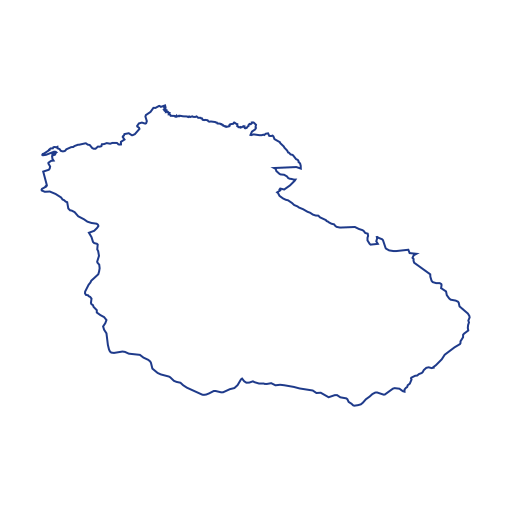 Ambato, Tungurahua, Ecuador (Equal Earth projection), rotated 260°
{"feature_id": "8360857B61692882319499", "entity_name": "Ambato", "entity_type": "district", "adm_level": 2, "iso_a3": "ECU", "parent_name": "Ecuador", "parent_adm1": "Tungurahua", "projection": "equal_earth", "projection_center": [-78.682, -1.291], "detail": "fine", "context": "isolated", "style": "outline", "palette": "blue", "viewbox_px": 512, "rotation_deg": 260, "n_neighbors": 0, "source": "geoboundaries", "source_scale": "gbopen_adm2", "svg_char_len": 6048}
<svg xmlns="http://www.w3.org/2000/svg" viewBox="0 0 512 512"><g transform="rotate(260 256 256)"><path d="M396.7,70.8L396.3,71.0L393.7,65.0L393.5,63.7L392.7,63.1L392.2,63.6L392.1,66.8L393.8,75.3L393.4,76.8L392.8,77.3L391.7,73.1L391.4,73.1L391.1,75.9L390.7,75.6L390.4,73.5L389.8,72.5L387.1,72.4L385.1,73.2L385.3,70.8L383.9,67.8L383.1,67.6L379.9,68.8L377.9,68.0L376.9,66.9L376.1,61.1L362.3,62.3L361.5,61.3L361.2,61.8L360.8,61.4L359.3,56.9L358.4,56.3L357.7,56.4L355.9,59.2L355.3,64.1L351.9,69.4L347.5,74.2L345.2,75.3L344.3,76.7L342.6,78.0L341.8,79.4L335.4,79.4L333.3,80.8L332.7,82.4L330.7,85.0L326.0,87.8L322.0,93.0L319.1,95.9L317.1,99.7L315.5,104.6L314.4,105.7L313.4,106.0L312.7,105.9L311.1,104.2L308.9,101.0L307.9,95.5L303.1,97.3L298.2,97.9L296.8,98.9L295.7,101.4L294.8,102.1L290.1,100.8L288.3,101.4L283.4,101.4L278.0,98.6L277.0,98.7L274.7,100.1L271.1,99.9L267.8,98.7L265.4,97.5L260.3,89.5L258.6,88.3L256.8,86.2L250.7,81.6L249.0,81.1L247.3,81.7L246.4,83.9L245.5,84.2L244.5,85.6L242.6,86.6L238.4,85.3L237.1,85.6L235.9,86.9L234.1,87.2L230.3,89.8L228.0,89.4L224.9,92.4L222.2,95.8L218.9,97.6L216.0,95.9L213.2,93.2L209.8,93.6L205.8,95.3L194.2,94.7L189.5,95.0L187.3,95.6L186.0,96.7L185.2,99.3L185.1,107.9L184.3,110.3L181.9,113.8L178.8,124.5L175.5,127.5L172.4,131.9L170.5,133.5L169.0,134.0L163.1,134.4L157.9,138.8L155.9,141.7L152.4,149.3L151.5,150.4L147.3,153.5L145.8,155.9L144.3,159.6L141.4,161.8L138.3,165.1L128.7,179.1L128.3,180.6L128.2,182.8L128.8,185.8L130.4,191.0L130.1,192.7L127.8,198.0L127.5,199.9L129.4,207.2L129.7,211.8L132.0,215.4L137.1,219.8L137.7,221.0L134.7,222.6L132.9,224.5L132.5,227.3L133.1,231.2L132.0,232.6L129.9,236.8L129.1,241.4L128.5,242.4L128.1,244.4L128.1,248.9L125.3,252.7L125.0,257.4L123.8,261.4L120.5,270.5L118.0,275.9L113.7,288.5L110.6,291.7L110.1,296.0L104.3,303.0L105.3,309.5L104.9,311.7L102.2,314.5L100.1,320.2L99.1,321.1L96.2,321.9L93.9,324.4L92.1,325.7L91.5,326.8L91.4,330.6L91.7,333.5L93.0,335.8L95.8,339.3L97.9,343.6L99.8,346.6L100.8,349.7L100.6,351.5L97.3,357.6L97.2,358.8L101.6,367.8L101.8,369.6L100.4,374.2L97.4,377.1L96.6,378.7L98.7,379.1L100.1,380.7L100.7,382.1L102.4,383.0L103.6,385.3L107.3,387.7L108.6,387.4L109.2,387.8L110.4,391.9L110.3,394.0L111.4,395.9L112.0,398.9L112.8,400.1L114.5,401.4L116.3,404.3L116.4,406.7L115.1,409.5L115.2,411.5L115.8,411.4L117.2,414.2L122.0,421.0L126.0,424.7L131.6,435.7L133.8,441.5L134.6,442.2L136.5,442.6L140.0,445.8L142.5,446.3L143.4,447.4L145.8,452.1L148.4,452.1L151.2,452.9L153.6,454.2L155.5,453.9L158.4,455.7L159.9,455.7L162.5,454.7L171.0,447.7L174.9,447.5L175.9,447.0L177.4,444.9L179.2,440.1L180.6,438.9L184.3,437.1L188.1,437.0L192.2,432.7L195.2,433.7L196.2,433.6L197.4,432.2L198.0,428.7L199.6,425.5L201.1,424.6L205.3,424.1L207.7,424.4L221.9,410.6L224.0,410.3L225.6,410.7L227.0,409.8L229.3,411.4L230.3,414.4L232.2,407.8L235.7,407.1L236.5,395.0L237.0,392.2L238.4,388.1L240.6,385.4L241.4,385.0L249.5,383.8L250.6,383.1L252.5,380.0L253.7,378.7L253.7,378.3L252.4,378.4L249.6,377.0L246.8,378.1L247.3,370.8L248.3,370.0L252.0,368.5L254.7,369.0L256.3,369.9L258.6,369.9L259.7,367.6L262.1,366.3L263.0,365.3L264.7,362.1L267.4,358.4L269.4,343.7L270.7,340.4L271.9,339.3L273.6,338.4L274.7,335.9L276.4,333.7L277.6,332.6L278.1,331.6L279.2,331.1L283.0,325.7L284.9,324.4L285.5,321.8L286.9,319.2L289.2,316.8L290.6,314.4L293.9,310.5L296.3,306.7L297.6,305.5L299.6,302.4L301.9,300.7L305.3,297.2L306.2,295.1L308.0,292.6L311.1,289.6L314.2,288.6L315.0,287.9L316.4,291.2L317.4,290.7L318.2,291.6L316.6,295.3L319.6,301.7L323.5,307.3L324.4,308.1L324.6,306.7L325.8,304.1L326.2,302.7L327.1,301.3L329.0,300.3L331.1,297.8L332.1,294.3L332.8,293.4L336.1,290.8L338.4,290.5L339.5,289.1L336.6,311.2L334.3,315.3L337.2,315.7L339.5,315.5L341.2,314.2L341.9,314.4L343.4,313.8L344.4,312.3L348.7,310.0L349.3,309.4L350.0,307.7L352.0,306.4L352.4,305.6L354.4,305.0L357.9,302.7L359.0,302.4L362.9,299.5L363.9,299.3L367.9,294.5L370.8,293.9L371.7,293.2L371.5,291.9L372.0,289.9L374.7,289.2L374.7,286.8L373.7,285.1L374.2,284.3L374.0,282.6L374.4,280.3L376.2,274.8L375.9,272.3L376.2,271.6L379.2,273.6L380.8,277.1L382.1,278.2L383.0,277.9L385.2,278.8L387.7,277.0L388.1,276.3L388.2,275.0L387.4,274.9L386.7,273.6L387.2,272.6L386.4,271.5L385.4,271.3L385.0,270.3L383.8,269.1L383.6,267.7L383.8,267.3L385.3,267.2L384.9,266.7L386.0,266.0L385.2,264.2L385.7,263.3L385.2,262.8L385.9,261.8L385.9,261.1L386.7,260.8L387.1,260.1L389.1,260.5L389.4,259.7L391.2,257.9L391.2,257.4L390.2,256.7L390.2,253.4L389.5,252.5L388.8,252.7L388.4,252.1L388.3,249.0L389.1,248.7L389.1,247.7L389.7,247.2L389.9,246.4L390.9,246.1L391.3,245.0L391.9,244.9L392.0,244.1L392.6,243.6L393.2,241.0L394.2,240.6L394.6,239.4L395.0,239.1L396.3,235.0L396.4,233.3L396.9,232.5L398.1,231.9L398.9,229.5L398.8,228.6L399.4,227.1L400.8,226.8L401.0,225.9L401.7,225.5L402.1,223.1L403.8,221.7L403.5,220.5L403.9,218.3L404.6,217.5L404.3,215.3L404.9,214.8L404.6,213.8L405.0,213.6L404.9,212.8L405.4,212.3L406.2,208.5L407.2,205.8L407.0,204.8L407.5,204.5L407.1,203.5L407.2,202.6L407.8,202.3L407.0,201.8L407.2,200.7L408.0,200.5L408.9,196.3L410.2,196.0L410.6,194.7L412.0,195.6L412.7,193.9L413.4,194.2L413.9,193.6L413.6,192.5L414.9,193.0L414.9,192.4L414.3,191.8L414.9,191.3L415.3,192.7L416.0,192.5L416.6,191.1L417.4,192.2L418.3,191.5L418.4,192.7L420.1,192.6L419.4,188.2L420.5,187.1L420.6,186.5L419.3,182.7L419.7,180.7L416.2,177.1L413.9,172.0L412.5,171.3L407.8,171.9L405.9,170.9L405.6,170.2L405.8,169.5L407.2,166.8L406.9,163.7L404.7,161.5L404.1,161.6L402.6,163.1L401.4,163.3L397.0,157.8L396.4,155.4L396.5,154.7L399.0,152.0L398.9,147.6L397.5,146.8L397.1,145.8L396.4,145.4L393.5,146.7L391.9,142.8L389.3,142.4L389.4,141.1L389.8,139.9L391.3,138.9L391.6,138.2L392.3,134.1L391.9,131.9L393.1,128.6L392.6,125.8L392.8,123.6L391.0,122.8L390.8,121.1L391.2,119.3L389.5,116.6L389.8,114.8L390.7,113.5L394.2,111.5L394.9,109.6L396.4,108.2L396.6,107.6L396.3,101.2L396.5,100.0L395.8,96.3L395.1,95.0L395.3,92.9L394.0,87.7L392.8,86.4L392.5,84.9L392.7,83.5L393.5,82.0L395.4,81.1L396.5,79.3L398.0,79.4L397.7,78.2L398.3,76.7L398.3,75.4L397.3,74.6L397.6,72.4L396.7,70.8Z" fill="none" stroke="#1e3a8a" stroke-width="2"/></g></svg>